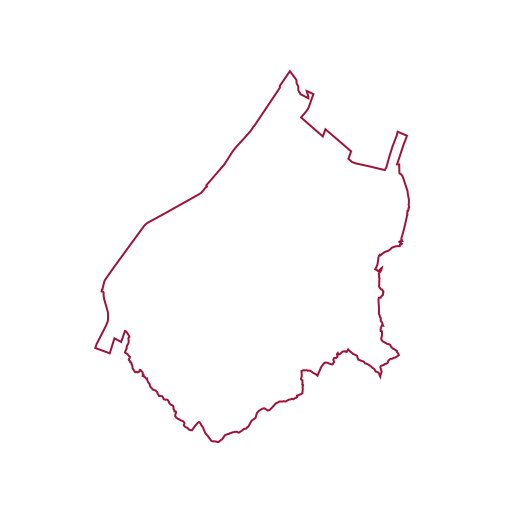 Vernesti, Buzau, Romania (Robinson projection), rotated 251°
{"feature_id": "2599482B61232109036765", "entity_name": "Vernesti", "entity_type": "district", "adm_level": 2, "iso_a3": "ROU", "parent_name": "Romania", "parent_adm1": "Buzau", "projection": "robinson", "projection_center": [26.665, 45.216], "detail": "fine", "context": "isolated", "style": "outline", "palette": "rose", "viewbox_px": 512, "rotation_deg": 251, "n_neighbors": 0, "source": "geoboundaries", "source_scale": "gbopen_adm2", "svg_char_len": 6096}
<svg xmlns="http://www.w3.org/2000/svg" viewBox="0 0 512 512"><g transform="rotate(251 256 256)"><path d="M327.4,430.4L324.0,428.2L315.2,420.8L306.8,414.6L297.4,408.1L295.3,405.8L303.7,392.6L311.1,380.5L313.6,377.4L317.8,375.0L324.0,380.0L353.2,362.9L347.3,358.1L372.3,343.7L376.8,351.2L379.1,354.0L390.4,363.0L395.5,357.7L390.9,357.4L389.6,357.3L388.1,356.9L392.9,352.3L394.5,350.6L396.0,350.7L397.4,350.1L398.7,350.0L400.9,350.6L401.9,351.1L403.2,351.1L406.2,350.6L408.6,351.4L409.0,351.5L410.0,351.3L419.7,348.2L409.1,333.9L408.6,333.6L407.6,333.5L407.3,333.3L379.7,296.9L379.0,295.7L375.9,291.5L371.4,283.6L365.7,273.0L363.4,269.3L362.4,267.8L352.9,255.9L341.2,235.8L339.1,232.1L337.7,232.3L337.3,231.6L337.5,231.3L334.2,225.9L333.4,224.1L332.9,222.0L325.6,181.7L322.8,164.7L321.9,161.9L320.8,159.9L318.6,156.7L292.4,119.1L282.4,105.3L281.3,104.3L274.7,100.1L274.8,100.0L274.0,99.1L272.7,98.5L271.7,99.9L270.9,100.0L268.4,99.1L264.6,98.4L251.3,97.7L247.3,96.6L243.5,95.1L242.1,94.2L239.0,91.5L224.9,76.9L221.4,74.1L211.6,86.0L224.3,95.4L218.6,100.5L227.8,107.7L226.9,108.6L225.5,109.1L221.2,110.1L220.8,109.7L220.6,109.7L219.7,108.5L217.2,108.0L215.8,107.4L214.5,106.5L214.3,106.0L212.7,104.5L211.1,103.6L210.6,103.6L209.5,102.3L207.4,100.7L204.8,102.7L203.5,103.0L201.7,103.9L201.1,103.7L199.4,101.9L197.4,102.5L197.2,102.8L196.5,102.5L195.7,103.4L193.9,103.1L193.1,103.4L192.2,103.3L191.5,103.2L190.3,102.7L189.3,102.8L188.5,103.2L187.1,103.4L185.6,103.9L185.4,104.0L185.3,105.5L185.1,105.7L184.6,105.9L184.5,107.3L185.2,108.4L186.0,108.8L186.1,109.2L185.8,109.7L184.4,110.1L183.8,110.7L182.3,110.9L179.7,109.9L179.7,110.8L178.8,110.4L178.6,110.6L178.4,111.2L175.0,112.6L175.2,113.0L173.9,112.8L171.6,112.9L169.4,113.8L167.6,113.4L165.8,113.9L164.7,114.5L163.2,115.0L161.6,117.2L160.4,117.7L159.7,118.2L159.0,118.3L158.2,118.1L157.0,118.5L155.4,118.6L154.0,121.6L152.8,122.0L150.6,122.1L150.4,122.6L149.5,123.7L149.3,124.9L148.8,125.5L147.0,126.2L145.1,126.1L142.8,127.3L142.0,128.4L141.6,128.7L140.5,128.9L139.8,128.7L138.8,128.3L138.2,128.2L137.0,128.5L135.6,128.3L135.5,128.5L135.4,129.1L135.1,129.5L134.3,129.6L134.0,129.5L132.8,128.5L131.6,127.7L130.6,127.4L128.9,128.2L127.4,129.2L126.9,129.6L126.5,130.4L125.1,131.2L124.4,132.3L123.9,132.9L122.2,133.8L121.7,133.9L120.8,133.8L119.7,132.7L118.3,132.9L116.8,134.0L115.8,135.2L114.1,135.9L113.2,136.5L112.8,137.1L112.1,138.7L115.9,144.2L117.0,146.3L117.6,147.8L117.3,148.4L115.6,149.1L113.8,149.2L111.3,150.0L105.2,150.4L103.1,151.1L102.5,151.5L96.0,153.5L95.1,154.3L94.2,156.6L93.6,157.8L92.7,158.9L92.3,160.2L92.6,160.5L93.7,164.2L94.8,166.0L95.1,166.1L95.4,166.5L96.8,168.7L96.8,171.5L96.6,172.1L96.6,172.6L96.9,173.3L96.8,175.4L96.9,176.2L96.7,177.1L96.6,178.7L96.4,179.9L95.6,181.1L94.7,182.0L94.6,182.5L94.9,183.5L95.2,185.2L96.4,188.0L96.0,190.7L96.7,191.4L96.7,191.6L97.0,192.1L97.1,193.1L101.6,198.1L103.2,203.0L107.3,205.7L108.7,208.4L109.6,212.6L109.2,214.5L106.1,216.7L105.9,218.6L107.6,222.2L110.2,226.8L110.4,229.2L110.8,230.6L110.3,232.3L109.9,233.0L109.7,234.8L108.8,236.5L109.5,240.4L109.1,241.7L109.4,243.4L108.5,244.4L108.4,244.8L109.0,247.1L108.9,248.6L109.1,248.9L109.3,249.1L110.7,249.3L110.8,249.5L110.5,250.2L110.8,253.2L110.8,254.1L111.2,255.2L114.9,256.9L116.4,257.1L118.6,258.5L119.0,258.4L119.4,257.9L121.2,258.8L123.5,259.4L123.9,259.0L124.5,258.6L125.5,258.6L125.9,259.1L127.9,260.3L132.5,261.6L132.5,262.9L132.4,264.2L131.9,264.9L131.7,266.4L131.4,266.9L130.6,267.7L130.5,268.5L129.8,270.0L126.3,272.5L125.6,273.2L125.2,273.8L122.8,275.2L126.8,278.7L127.3,279.3L128.9,280.6L130.3,282.1L130.8,282.9L131.7,284.2L132.6,285.9L132.6,286.8L132.4,287.7L131.7,288.9L129.9,290.8L128.8,292.4L128.6,292.9L129.0,293.8L129.6,294.1L129.8,294.6L130.3,295.4L132.6,295.3L133.8,296.2L134.1,296.7L134.0,297.3L133.5,298.7L134.1,300.0L134.2,300.3L136.9,300.6L137.6,301.7L136.4,301.7L136.1,301.9L136.0,302.4L136.0,303.6L136.3,304.4L137.5,306.7L137.4,307.3L137.0,308.3L137.1,308.8L136.8,309.4L135.9,310.0L135.9,310.7L137.7,312.7L136.0,313.4L132.6,315.5L131.8,315.8L130.8,317.1L128.8,319.0L126.4,318.9L124.5,319.1L123.6,320.4L122.5,321.6L121.4,323.1L121.0,323.5L118.8,324.3L118.2,325.4L117.3,326.4L116.2,327.3L114.1,328.8L112.4,329.6L111.6,330.4L110.6,331.0L107.8,331.5L107.6,332.0L106.1,333.7L103.8,334.2L103.0,334.0L101.5,334.2L102.9,335.0L105.4,336.9L105.9,337.1L110.0,337.3L110.8,337.6L111.4,338.3L111.5,339.1L111.3,341.0L111.4,341.4L111.9,342.3L111.9,343.3L111.7,343.6L111.9,345.1L112.0,345.5L112.7,346.2L114.1,347.2L115.0,349.7L114.5,351.2L114.9,353.1L114.6,354.1L115.1,356.7L115.8,358.8L116.3,358.9L117.2,358.7L119.4,358.0L120.1,358.3L122.4,356.8L123.9,355.2L126.8,354.0L128.2,354.0L128.6,353.8L129.3,353.0L130.0,351.6L130.3,351.3L131.3,350.5L134.3,347.8L136.0,347.4L137.1,347.4L139.4,349.0L141.9,350.0L143.0,350.3L143.7,350.6L144.0,350.4L144.2,349.9L144.5,349.5L146.1,349.9L148.8,351.8L149.4,352.4L148.8,353.5L150.5,353.4L151.8,353.7L153.3,353.0L154.9,353.0L155.6,353.4L156.8,353.8L158.0,353.4L159.1,353.6L161.4,353.4L163.5,354.2L168.4,355.8L174.1,357.3L176.6,358.5L176.0,360.2L176.5,360.6L177.3,361.9L177.9,363.4L179.0,364.0L179.7,364.0L180.4,364.7L180.8,364.9L183.2,364.3L183.8,363.3L186.9,362.4L192.2,364.4L194.8,365.6L195.3,365.4L196.1,365.5L197.3,366.1L199.0,366.2L200.3,367.7L201.9,369.9L202.9,370.6L203.8,371.1L201.9,366.5L203.4,365.6L204.7,364.4L205.7,365.6L208.4,368.1L215.0,371.4L216.2,372.4L216.9,373.6L216.1,374.0L216.8,375.5L217.5,377.8L217.9,380.0L217.9,382.6L218.0,383.6L218.8,385.6L219.4,386.6L219.6,387.4L219.7,391.1L219.0,393.8L218.5,395.1L219.8,395.8L219.7,397.2L219.8,397.5L220.1,397.9L222.4,396.1L222.9,396.2L223.0,396.9L222.5,399.2L223.4,399.2L224.5,398.8L226.3,399.8L228.5,401.5L233.3,404.7L240.6,409.3L245.4,412.2L245.3,412.4L245.5,412.6L246.6,412.7L249.5,414.0L249.3,414.7L250.4,415.4L251.4,415.6L251.6,415.7L252.0,416.5L252.3,416.7L254.7,417.0L255.8,417.6L259.4,418.9L265.5,419.8L268.6,420.5L269.7,420.4L282.2,420.6L283.6,420.5L284.9,420.2L285.9,419.8L287.5,418.5L295.9,421.2L296.7,419.2L313.4,431.9L317.6,435.5L320.6,437.9L327.4,430.4Z" fill="none" stroke="#9f1239" stroke-width="2"/></g></svg>